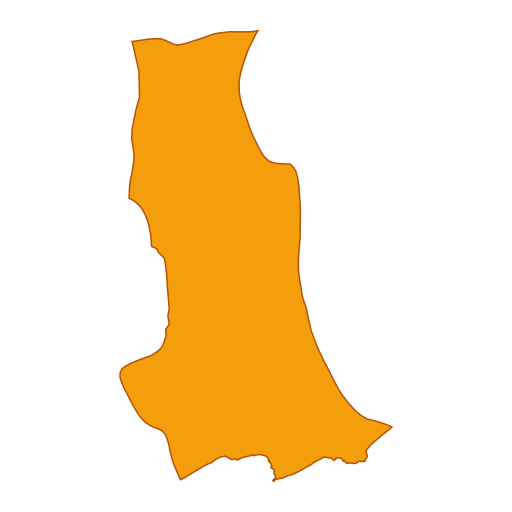 the district of Ad Dis, Hadramawt, Yemen
{"feature_id": "15242507B42761625616090", "entity_name": "Ad Dis", "entity_type": "district", "adm_level": 2, "iso_a3": "YEM", "parent_name": "Yemen", "parent_adm1": "Hadramawt", "projection": "equal_earth", "projection_center": [49.996, 15.105], "detail": "fine", "context": "isolated", "style": "filled", "palette": "amber", "viewbox_px": 512, "rotation_deg": 0, "n_neighbors": 0, "source": "geoboundaries", "source_scale": "gbopen_adm2", "svg_char_len": 5821}
<svg xmlns="http://www.w3.org/2000/svg" viewBox="0 0 512 512"><path d="M180.5,479.8L186.2,476.7L188.6,475.3L192.3,472.9L197.7,469.8L203.9,466.0L207.7,464.1L211.8,462.5L214.5,460.3L217.1,458.6L221.0,456.9L225.2,456.1L226.3,456.5L226.7,456.9L227.5,457.3L229.4,458.4L230.9,459.3L232.3,459.7L233.3,459.4L234.1,459.0L234.6,458.9L235.0,458.9L235.3,459.1L235.8,459.6L237.0,460.0L237.8,459.9L239.1,459.3L240.0,458.7L240.6,458.3L241.7,457.8L242.3,457.7L243.5,457.2L244.6,456.9L245.5,456.7L245.8,456.8L246.1,456.8L246.4,456.6L250.2,455.8L250.8,455.5L251.0,455.5L251.4,455.2L251.8,455.0L252.1,454.9L252.6,454.9L253.0,455.0L253.3,455.1L253.3,455.3L253.4,455.5L253.6,455.7L254.3,455.6L254.9,455.4L255.0,455.3L255.6,455.1L255.8,455.1L258.4,454.7L260.0,454.6L261.2,454.8L262.0,454.9L262.8,455.2L263.5,455.5L264.6,455.6L265.3,455.9L265.8,456.2L266.4,456.5L266.9,456.9L267.4,457.3L268.1,458.1L268.3,458.4L268.4,458.8L268.5,459.1L268.4,459.4L268.3,459.7L268.1,459.9L268.1,460.0L268.3,460.0L268.4,459.9L268.9,460.1L269.1,460.3L269.2,460.5L269.1,460.8L269.3,460.9L269.3,461.1L269.2,461.3L268.9,461.5L269.0,461.6L269.3,461.4L269.4,461.7L269.6,461.7L269.6,461.9L269.6,462.0L269.9,462.2L269.9,462.3L269.8,462.5L269.9,462.4L270.3,463.1L270.6,463.2L270.9,463.6L271.0,464.0L271.1,464.3L271.0,464.5L271.1,464.9L271.8,466.0L271.5,466.7L271.4,466.7L271.4,466.9L271.4,467.0L271.2,467.4L271.1,467.5L271.2,467.8L271.3,467.7L272.8,468.8L272.9,469.0L273.0,469.0L273.5,469.3L273.6,469.5L273.8,469.7L274.2,470.0L274.3,470.3L274.3,470.6L274.3,470.8L274.1,471.0L274.2,471.4L274.1,471.7L274.0,472.2L274.0,472.6L274.1,472.8L274.2,473.1L274.1,473.5L274.1,474.0L275.0,475.1L275.3,475.8L275.6,476.7L275.5,477.8L275.0,478.1L274.4,478.7L273.6,479.3L272.9,480.5L273.4,481.3L274.3,481.1L274.4,480.5L274.7,479.8L276.1,479.4L277.3,479.1L278.2,478.7L278.8,478.6L279.9,478.6L280.7,478.2L281.9,478.3L283.2,478.0L285.7,476.6L288.0,475.5L289.5,475.4L291.9,474.6L292.8,474.5L293.8,473.7L295.3,473.3L297.0,472.2L298.3,471.7L300.2,470.6L302.4,469.6L304.2,468.5L305.8,467.2L307.6,466.5L310.4,465.0L312.3,463.8L313.4,462.5L314.2,462.2L315.4,461.7L317.1,460.6L319.4,459.6L322.1,458.2L322.8,457.6L323.8,457.1L324.5,456.9L324.9,457.2L325.4,456.9L325.7,457.2L326.1,457.6L327.2,457.6L329.4,458.0L330.0,457.6L330.5,457.8L330.9,458.2L331.3,458.2L332.4,459.2L333.0,459.7L333.3,459.8L333.7,460.4L334.5,459.6L335.2,459.5L335.7,459.4L335.9,458.9L336.0,458.3L336.6,458.1L337.3,457.8L337.8,457.9L338.8,457.9L339.8,457.8L341.2,458.4L342.5,459.8L343.3,461.3L343.7,460.9L344.1,460.7L344.7,460.9L345.3,461.9L346.4,463.2L348.4,463.3L349.2,462.9L350.7,462.8L351.2,463.2L352.0,463.5L353.0,463.5L353.3,463.1L354.0,463.4L356.1,463.3L357.2,462.4L357.8,462.1L358.5,461.4L358.9,461.2L359.4,461.1L360.0,461.4L360.8,461.6L361.7,461.4L362.6,461.7L363.7,461.1L365.0,461.3L365.5,459.1L367.1,457.4L367.1,455.7L366.3,452.3L365.8,451.1L368.6,447.4L369.7,446.3L370.4,445.1L372.0,443.6L373.4,442.7L374.7,441.2L376.0,440.4L377.5,438.8L378.6,438.2L379.0,437.9L382.0,435.1L382.4,435.0L382.8,434.7L383.2,434.0L384.5,433.3L385.9,432.2L386.2,431.6L387.1,431.1L388.2,430.4L392.0,427.1L387.8,425.1L379.6,422.3L374.9,420.9L371.1,419.9L367.1,418.9L362.9,416.6L359.0,413.8L355.6,410.9L352.1,407.2L348.6,403.3L345.6,399.4L342.5,395.4L340.0,391.7L337.5,387.3L336.3,385.0L335.0,382.7L332.1,377.0L329.5,371.6L329.3,371.1L329.1,370.7L326.5,365.9L323.8,360.8L319.3,351.3L318.7,350.2L317.7,347.8L316.5,344.9L314.2,338.8L312.2,333.3L312.0,332.8L311.2,330.9L307.9,316.0L306.4,309.1L304.9,304.0L302.9,298.6L302.3,295.4L301.9,293.6L301.2,288.4L300.1,282.7L299.3,277.5L298.6,271.3L298.4,267.0L298.3,265.2L298.4,259.7L298.8,254.2L298.9,253.0L299.2,248.9L299.6,243.5L300.1,237.4L300.2,231.4L300.2,225.6L300.4,212.5L300.2,207.2L300.2,205.1L300.0,201.6L299.7,197.9L299.5,195.8L299.3,191.7L299.1,188.0L298.3,182.2L297.5,177.1L295.8,171.3L295.4,170.6L293.4,167.3L291.5,165.5L290.1,164.1L286.1,164.0L282.2,163.8L277.9,163.5L277.1,163.4L273.5,162.7L269.7,161.5L266.8,159.2L265.9,158.5L265.3,157.8L262.7,154.8L260.2,150.4L257.9,146.1L255.7,141.4L253.4,136.8L251.1,131.5L249.0,125.8L247.2,120.3L245.4,114.9L243.5,109.9L241.7,104.3L240.1,97.9L239.3,91.9L239.2,89.3L239.1,86.5L239.1,86.0L239.2,80.4L240.1,75.5L241.2,70.3L242.0,67.7L242.7,65.5L244.2,61.1L244.4,60.3L245.0,58.8L246.3,54.8L248.1,50.1L250.4,45.1L251.4,43.1L253.3,39.2L255.1,35.3L257.9,30.7L253.0,31.5L248.8,31.9L246.8,31.8L244.8,31.8L240.3,31.8L236.5,31.9L236.1,31.9L234.2,31.8L231.8,31.7L227.4,32.0L222.9,32.6L218.8,33.0L214.8,33.8L210.4,35.1L206.4,36.6L201.0,38.6L199.5,39.0L196.1,40.1L194.9,40.5L191.4,41.6L186.9,43.1L182.4,44.2L177.7,45.0L175.3,44.5L173.3,44.1L169.3,42.2L166.9,41.1L165.1,40.3L161.2,38.9L156.8,38.6L151.7,39.0L150.4,39.0L147.2,39.2L142.1,40.1L136.8,40.9L132.3,41.5L132.2,41.5L138.9,71.1L139.5,97.1L136.2,108.8L132.1,128.7L131.7,139.4L131.8,139.8L132.7,144.7L133.5,150.6L134.1,155.9L133.7,162.2L133.0,166.2L132.7,168.1L131.8,173.6L130.6,179.1L130.3,181.1L129.8,184.5L129.4,189.7L129.2,195.5L129.1,198.5L131.7,199.4L133.4,200.5L135.2,201.7L138.5,204.8L139.2,205.4L142.6,209.8L144.9,214.2L147.0,219.2L148.6,224.1L149.6,229.5L150.7,235.0L150.9,238.0L151.1,240.1L151.6,246.4L157.0,248.9L158.1,252.0L164.3,258.3L165.6,265.2L166.8,276.7L167.3,285.9L169.2,308.2L167.9,316.0L169.2,324.3L165.6,329.4L166.2,335.2L164.2,341.7L161.4,347.9L157.8,351.1L153.6,354.1L149.5,356.3L145.8,357.4L141.2,359.1L138.2,360.3L135.9,361.1L130.5,363.5L126.1,365.8L122.5,368.4L120.1,372.5L120.0,377.5L121.7,382.5L123.7,387.2L125.8,391.4L128.1,395.8L130.4,400.4L132.5,404.6L135.2,409.2L138.3,414.2L141.1,417.9L141.6,418.4L145.1,422.2L148.6,424.5L149.0,424.8L153.0,426.9L157.2,428.5L161.2,430.2L164.8,433.6L166.9,438.3L168.6,443.6L169.6,448.7L170.7,454.0L172.2,459.5L173.9,464.4L174.8,466.5L175.7,468.8L177.7,473.2L179.7,478.0L180.5,479.8Z" fill="#f59e0b" stroke="#b45309" stroke-width="1.5"/></svg>